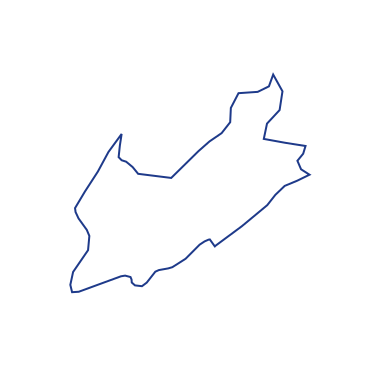 Independencia, Mercator projection, rotated 294°
{"feature_id": "DOM-1971", "entity_name": "Independencia", "entity_type": "Province", "adm_level": 1, "iso_a3": "DOM", "parent_name": "Dominican Republic", "parent_adm1": "", "projection": "mercator", "projection_center": [-71.641, 18.41], "detail": "fine", "context": "isolated", "style": "outline", "palette": "blue", "viewbox_px": 384, "rotation_deg": 294, "n_neighbors": 0, "source": "natural_earth", "source_scale": "10m", "svg_char_len": 949}
<svg xmlns="http://www.w3.org/2000/svg" viewBox="0 0 384 384"><g transform="rotate(294 192 192)"><path d="M127.3,93.2L129.7,91.7L148.9,94.0L172.4,97.7L194.6,99.4L216.4,104.1L205.1,107.2L194.0,110.8L192.4,114.8L192.9,119.5L190.6,127.7L186.7,135.4L196.4,167.3L232.0,181.3L245.3,187.4L257.8,195.1L271.3,198.5L284.6,193.3L301.2,194.3L310.2,211.3L319.8,219.3L332.3,218.4L320.8,233.7L302.5,238.7L285.0,232.7L269.7,236.0L274.8,256.9L280.2,277.0L272.2,278.0L263.4,275.6L257.1,282.4L255.6,292.3L245.2,283.6L235.3,274.2L223.3,269.3L210.6,266.1L181.1,251.5L152.4,235.3L151.6,235.0L151.8,234.6L155.9,227.6L155.2,226.5L152.0,223.6L147.0,220.4L128.4,213.3L115.3,204.6L112.5,201.3L107.2,193.5L104.3,190.9L90.8,187.5L85.6,184.6L83.5,177.9L84.8,173.8L87.4,172.4L89.3,170.4L88.4,164.9L86.1,161.4L54.8,129.1L51.7,123.2L57.7,118.6L70.6,115.9L96.6,120.7L110.1,116.1L114.6,111.3L121.7,99.1L126.4,93.7L127.3,93.2Z" fill="none" stroke="#1e3a8a" stroke-width="2"/></g></svg>